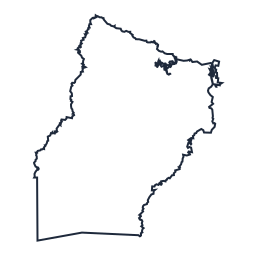 Central Coast (Tas.), Tasmania, Australia
{"feature_id": "25037944B34694615904571", "entity_name": "Central Coast (Tas.)", "entity_type": "district", "adm_level": 2, "iso_a3": "AUS", "parent_name": "Australia", "parent_adm1": "Tasmania", "projection": "equal_earth", "projection_center": [146.11, -41.27], "detail": "fine", "context": "isolated", "style": "outline", "palette": "slate", "viewbox_px": 256, "rotation_deg": 0, "n_neighbors": 0, "source": "geoboundaries", "source_scale": "gbopen_adm2", "svg_char_len": 5662}
<svg xmlns="http://www.w3.org/2000/svg" viewBox="0 0 256 256"><path d="M34.2,177.5L37.1,177.5L37.5,240.6L81.9,232.6L138.5,235.2L139.8,236.3L140.4,236.1L141.0,235.4L140.9,233.2L142.4,232.4L141.9,231.3L142.5,229.1L143.6,228.1L141.3,226.3L142.5,225.2L141.8,223.2L142.4,221.3L141.6,219.9L140.3,219.9L139.3,218.7L139.1,218.1L139.9,217.8L139.9,217.0L140.9,216.3L140.6,215.4L139.4,214.9L143.1,211.4L142.4,210.3L143.5,208.7L142.7,207.8L143.0,206.2L144.0,205.0L146.9,204.1L147.1,203.0L148.2,201.9L147.8,200.2L149.4,197.1L151.4,194.4L153.5,193.8L153.7,191.0L155.0,189.9L151.9,190.3L152.2,186.4L154.5,186.5L155.1,185.1L156.5,184.3L158.4,184.9L159.4,183.2L160.5,184.6L161.3,184.7L161.8,183.8L161.0,182.0L161.1,181.3L163.5,180.9L165.5,181.4L165.7,180.3L166.8,179.8L167.2,178.7L168.8,177.8L169.8,178.3L172.0,175.3L173.9,175.1L173.8,173.3L175.5,171.7L175.2,170.4L179.7,169.1L179.7,168.5L178.8,167.2L179.8,167.0L179.5,166.4L181.1,164.3L181.6,162.1L182.4,161.6L182.7,158.4L183.5,156.8L183.1,154.7L186.8,155.5L190.0,154.5L189.6,153.5L188.2,152.5L188.7,151.5L192.0,152.2L191.1,147.6L189.4,147.0L188.0,147.9L187.2,146.7L188.4,142.8L189.4,142.7L190.9,144.4L191.3,143.9L190.6,142.2L191.2,140.1L189.0,140.9L188.2,140.1L191.2,138.0L193.3,138.3L192.9,136.0L194.2,135.2L194.6,133.5L196.2,133.1L197.0,131.5L201.3,129.0L203.3,130.2L204.0,132.5L210.9,132.7L211.8,129.8L214.6,126.9L215.2,123.7L214.5,123.1L213.3,123.4L212.3,121.3L213.3,118.8L212.5,117.9L212.9,116.3L212.3,109.7L211.4,108.4L209.5,107.9L209.1,106.9L213.1,103.8L211.6,102.0L212.8,97.0L210.4,95.1L208.4,92.3L208.0,90.7L208.7,88.4L211.2,86.7L212.8,84.3L211.2,77.6L211.9,76.0L212.2,72.1L211.9,72.0L211.7,71.4L211.5,71.5L211.6,73.9L210.4,74.0L210.0,75.4L209.0,74.7L210.4,72.8L210.9,70.7L210.3,70.7L209.7,69.4L210.5,69.8L211.2,68.8L209.9,68.1L211.3,68.4L211.4,67.3L212.1,67.0L211.2,66.3L212.0,66.2L212.0,64.1L210.7,63.0L201.8,64.8L197.1,61.5L192.4,62.0L191.0,59.9L190.0,60.4L190.0,59.6L187.2,60.5L183.6,60.8L176.3,59.2L176.3,56.4L176.0,58.4L176.7,61.7L176.0,63.4L174.2,63.8L172.9,63.4L173.4,64.1L171.5,64.3L171.2,65.6L170.0,66.4L170.6,66.5L171.2,67.3L169.6,66.5L167.3,68.3L166.0,67.3L166.1,66.3L165.3,67.2L165.9,67.9L164.9,68.7L166.5,69.6L167.4,73.7L168.8,74.5L169.6,73.8L170.2,73.8L170.3,74.1L170.2,74.7L170.2,74.0L169.7,73.8L169.4,74.2L168.9,74.6L168.7,74.6L167.3,73.8L166.0,70.2L164.4,69.7L164.3,68.5L165.2,67.7L164.5,67.4L165.5,65.7L164.5,65.4L161.5,66.7L159.9,64.2L158.8,64.2L157.0,67.6L157.2,66.4L156.7,65.6L156.1,65.2L155.4,66.4L155.7,64.4L156.4,64.4L155.0,62.3L157.3,63.6L159.8,63.2L158.2,62.8L158.1,61.9L158.6,61.2L158.5,60.6L158.6,60.4L158.8,61.9L159.9,60.9L160.1,61.4L159.4,62.1L161.1,63.0L161.6,62.6L161.8,62.7L161.2,63.6L161.7,63.9L165.5,63.5L166.8,65.5L167.9,65.1L168.8,66.1L170.1,63.5L169.3,62.5L169.8,61.6L172.5,61.2L173.6,62.9L175.7,62.6L175.4,59.6L174.6,57.9L175.1,57.6L175.0,58.2L175.1,58.7L175.5,57.1L173.6,56.0L172.8,55.0L172.7,54.0L167.1,54.0L164.7,53.3L162.5,51.4L161.2,51.7L159.0,50.9L157.0,49.0L157.7,46.7L157.4,46.2L158.0,45.9L158.1,44.8L156.7,43.5L155.9,43.9L155.3,42.7L154.6,42.8L154.5,41.2L154.1,41.0L152.7,42.3L151.2,41.8L150.7,42.4L147.8,42.4L146.8,42.0L146.4,40.6L144.7,40.8L139.3,39.3L135.9,39.2L135.3,38.2L133.5,37.4L132.3,35.6L132.7,34.9L130.1,33.0L130.2,31.8L128.5,31.9L126.2,30.9L124.4,31.8L122.4,31.4L121.4,30.5L120.7,28.7L116.3,28.2L114.5,27.0L114.6,25.9L113.8,26.4L111.2,25.8L109.9,24.5L107.4,23.8L103.9,19.7L103.5,18.1L102.7,18.3L101.6,17.3L99.7,17.3L97.5,16.1L96.9,16.3L95.7,15.4L95.6,16.4L96.2,17.2L93.9,18.3L93.7,17.7L92.6,17.9L90.3,20.1L90.3,22.3L91.0,24.1L89.5,24.1L88.9,26.0L89.6,27.6L88.4,27.9L88.5,29.2L87.8,29.3L87.1,31.0L86.0,31.5L87.4,32.8L86.1,33.2L86.5,34.1L86.2,34.6L85.0,34.4L85.6,35.7L85.2,37.3L82.9,38.0L83.6,39.7L81.1,40.7L81.3,42.2L80.7,43.0L81.7,43.6L79.8,45.4L80.6,45.7L80.8,47.1L80.3,47.4L79.5,46.4L77.8,48.2L78.5,49.1L77.2,49.6L78.6,49.9L78.3,51.5L79.8,51.1L80.0,52.1L78.5,53.1L81.3,55.7L82.0,57.6L83.9,59.0L83.1,61.0L83.1,62.8L82.0,63.7L83.7,64.6L82.6,66.3L84.3,66.4L85.6,67.2L82.5,68.3L82.8,69.7L82.4,70.4L82.9,71.6L80.8,72.0L80.7,74.6L75.4,79.9L75.0,82.2L74.3,82.9L72.2,82.8L71.5,83.8L72.5,85.6L71.3,86.5L70.2,91.2L71.8,93.3L72.0,96.0L70.6,96.3L70.4,99.1L71.3,99.8L70.9,100.9L72.5,101.9L71.0,104.3L71.1,106.6L71.5,108.5L72.3,109.3L72.6,111.5L73.6,112.6L72.7,113.8L73.7,114.1L74.1,115.1L72.3,116.3L72.0,118.2L66.6,117.1L66.5,118.5L65.2,119.9L61.5,119.5L61.1,120.5L61.8,121.6L61.2,121.9L60.9,123.3L60.3,122.8L59.8,123.2L60.3,125.1L59.5,124.6L56.6,128.6L56.9,130.6L56.5,131.4L57.0,131.7L56.2,132.2L55.4,131.3L54.7,131.4L55.1,132.7L54.8,133.5L52.9,133.1L52.4,132.3L51.9,133.4L51.0,133.1L50.2,135.5L47.8,136.6L48.2,140.7L47.3,141.1L46.8,143.2L45.6,145.3L45.0,145.3L45.3,146.0L44.0,147.3L44.1,149.0L43.1,148.7L42.5,149.3L41.1,149.3L40.5,150.3L37.8,150.9L37.2,151.6L37.2,152.7L35.8,152.7L36.4,154.1L36.1,155.2L36.7,156.2L36.8,158.6L35.5,160.0L35.6,161.0L34.1,162.6L34.2,163.6L35.6,166.6L36.9,167.1L37.1,167.9L38.2,167.7L38.7,168.9L38.2,169.7L36.8,170.1L35.5,171.8L34.5,173.9L34.7,176.6L34.2,177.5ZM219.1,61.6L214.2,60.1L212.3,63.0L213.1,67.1L212.6,69.2L213.6,70.9L214.2,74.1L213.9,75.3L213.1,77.2L214.0,74.4L213.7,73.8L213.0,74.9L213.7,73.3L213.2,72.5L213.0,73.6L212.4,73.7L211.6,77.7L212.9,84.1L214.9,84.4L215.8,86.6L216.2,86.7L215.9,85.5L216.9,85.3L216.7,84.7L219.8,85.3L219.9,84.3L221.9,83.0L217.7,82.4L218.3,78.3L216.0,77.9L216.1,76.2L217.2,76.4L217.0,72.8L215.8,72.4L216.2,69.6L215.3,69.3L214.8,67.6L215.6,65.4L218.3,65.8L219.1,61.6ZM212.4,72.3L212.3,73.5L213.1,72.1L212.4,72.3ZM158.4,64.0L156.4,63.4L157.3,64.1L158.4,64.0ZM212.3,71.5L212.0,72.0L212.3,71.5ZM212.8,71.7L213.2,71.5L213.1,70.9L213.0,71.4L212.8,71.7Z" fill="none" stroke="#1e293b" stroke-width="2"/></svg>